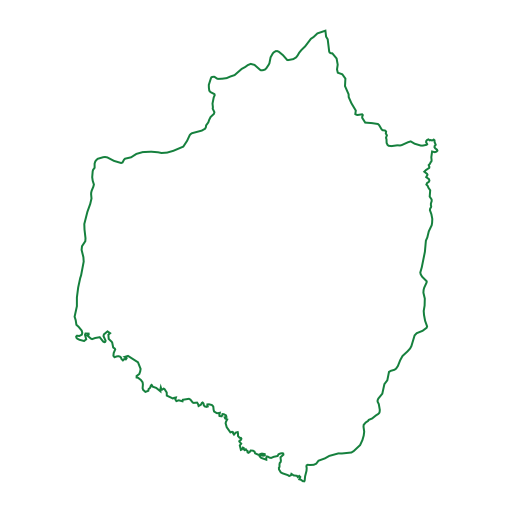 outline of Saen Monourom, Môndól Kiri, Cambodia
{"feature_id": "14789045B8861726414707", "entity_name": "Saen Monourom", "entity_type": "district", "adm_level": 2, "iso_a3": "KHM", "parent_name": "Cambodia", "parent_adm1": "Môndól Kiri", "projection": "robinson", "projection_center": [107.168, 12.508], "detail": "fine", "context": "isolated", "style": "outline", "palette": "green", "viewbox_px": 512, "rotation_deg": 0, "n_neighbors": 0, "source": "geoboundaries", "source_scale": "gbopen_adm2", "svg_char_len": 6009}
<svg xmlns="http://www.w3.org/2000/svg" viewBox="0 0 512 512"><path d="M79.5,339.8L84.1,341.0L86.2,339.3L85.0,334.8L85.5,333.5L88.6,333.6L88.7,334.6L87.3,335.5L90.9,338.6L92.1,339.1L95.2,338.0L99.7,337.2L103.2,341.6L104.4,342.2L105.2,341.9L105.6,340.8L103.5,336.1L103.9,334.4L107.5,331.4L110.1,333.2L108.4,334.7L108.7,338.9L111.7,341.8L112.2,342.6L113.2,347.5L114.8,348.6L115.2,349.4L113.7,353.0L113.4,355.8L114.5,357.2L116.8,356.4L118.4,356.2L119.9,356.6L120.9,357.4L121.5,359.0L122.9,360.4L124.2,359.1L125.8,359.4L126.6,358.2L124.7,356.9L128.0,355.9L138.0,362.3L140.6,368.9L140.2,371.4L139.3,374.0L136.6,376.0L136.6,377.5L138.1,377.8L140.9,380.0L142.6,382.3L142.9,384.5L142.6,388.2L143.1,389.8L145.4,391.9L148.3,390.8L148.6,389.1L150.1,387.8L150.8,385.7L151.5,384.9L152.1,385.4L152.5,386.6L156.2,387.9L160.4,391.3L160.3,389.7L160.8,387.4L161.3,389.0L162.0,389.7L163.7,388.6L164.6,389.2L166.7,392.5L166.8,395.6L172.9,398.5L173.9,397.9L175.9,397.5L175.3,399.4L176.4,401.1L178.8,400.3L182.5,401.3L182.8,399.8L188.9,398.8L190.4,399.6L192.7,402.5L193.6,402.9L197.1,402.6L198.1,404.2L198.6,406.0L200.9,404.7L201.9,402.9L202.6,402.5L203.2,403.1L203.7,404.1L203.7,405.1L204.7,406.4L206.5,406.9L207.7,406.5L207.3,405.3L207.4,404.4L209.0,404.3L211.8,405.0L212.7,405.8L213.3,406.7L213.6,409.7L214.1,411.5L216.7,413.1L218.0,413.2L219.8,412.8L219.3,414.9L219.5,416.0L221.6,416.3L222.2,415.4L222.5,414.1L223.8,414.2L226.0,415.4L226.4,416.9L224.7,417.3L225.2,418.5L227.2,419.4L226.0,421.7L225.6,423.2L226.7,427.2L230.4,432.4L232.1,431.8L233.1,432.3L233.1,433.3L234.0,434.6L235.8,432.6L237.7,432.1L238.0,433.5L238.0,436.0L239.6,437.8L240.9,437.9L241.4,438.8L240.9,439.9L239.5,440.7L239.3,441.5L241.2,443.7L239.8,445.4L240.9,449.9L241.8,449.5L242.9,447.6L243.8,448.1L243.9,449.4L244.6,450.1L245.8,449.3L246.4,450.3L247.5,450.9L247.6,452.4L248.5,452.8L249.8,451.9L250.7,450.5L253.0,450.7L254.5,451.6L255.1,453.3L258.6,454.9L260.4,454.0L261.9,453.6L264.7,454.1L264.8,455.2L264.1,455.6L262.9,455.7L261.3,454.8L259.8,456.5L261.2,457.9L266.3,459.7L266.3,457.7L266.7,456.5L267.7,456.6L269.7,457.7L271.2,457.9L273.8,456.8L277.6,456.0L278.5,454.3L280.3,453.5L282.2,453.2L283.2,453.5L283.4,454.7L280.5,457.3L280.9,460.8L280.6,462.1L279.8,462.9L279.5,464.2L279.5,466.9L278.9,467.8L279.0,469.4L280.8,472.4L282.5,473.3L287.8,475.1L289.2,476.0L291.0,475.2L291.4,473.9L293.6,475.4L296.9,475.8L297.8,477.1L299.2,475.9L300.3,477.0L299.3,479.3L300.8,479.7L302.9,481.2L304.3,481.3L304.7,480.3L305.1,476.3L306.5,470.8L306.7,468.0L306.4,466.7L306.6,465.4L307.6,464.8L309.9,465.0L313.7,464.8L316.2,463.7L318.5,460.7L324.9,458.4L329.3,455.9L338.4,453.4L341.7,453.5L351.4,452.5L353.7,451.1L360.1,445.1L362.4,440.1L363.7,435.6L364.2,431.7L363.5,426.7L363.7,424.8L365.7,422.5L368.1,420.9L368.7,419.9L372.1,418.5L376.1,415.3L378.2,414.0L379.2,413.0L379.6,412.0L379.8,409.9L378.8,404.1L377.6,401.7L377.6,400.3L378.3,398.6L382.3,393.7L384.4,384.1L387.3,380.3L389.0,371.9L390.9,370.8L394.4,369.8L395.9,368.8L396.6,367.9L397.9,366.0L400.2,360.2L402.5,356.0L407.5,351.4L410.1,348.5L411.4,346.1L414.6,335.4L416.7,333.2L422.6,330.8L426.6,327.8L427.1,326.4L425.1,320.8L424.0,314.9L423.7,311.0L424.6,305.6L424.8,298.6L423.4,292.7L423.6,289.9L424.2,287.7L426.6,282.5L426.7,281.3L422.1,276.7L420.7,274.3L420.3,272.5L421.8,267.2L424.9,251.8L425.9,240.6L427.3,237.5L428.8,231.3L431.7,225.2L432.1,222.8L432.3,219.0L431.4,214.3L429.9,210.1L430.2,208.5L431.0,207.3L431.2,206.3L430.9,205.3L430.9,203.6L431.7,201.0L431.6,199.5L429.7,196.6L430.2,190.3L428.4,187.7L427.7,185.9L426.4,184.6L427.1,183.0L428.8,181.9L429.4,180.7L429.0,179.2L426.2,177.1L427.5,174.8L427.1,173.9L424.3,171.7L425.9,170.1L429.2,167.9L429.4,167.0L428.7,165.1L430.1,163.6L430.5,162.4L431.4,161.5L431.6,160.2L431.3,157.2L432.1,151.5L434.8,152.2L436.5,151.6L437.4,150.7L437.0,149.7L435.3,148.4L434.5,147.3L434.6,146.1L435.7,144.8L434.6,142.1L434.5,140.3L433.7,139.6L432.4,140.4L431.6,140.4L430.7,140.0L429.8,140.4L428.4,139.4L427.1,140.0L426.2,141.1L426.1,142.2L427.2,144.2L426.6,144.8L422.8,145.6L420.9,145.6L414.6,143.7L410.7,141.4L408.1,142.2L401.7,145.1L400.0,145.5L397.4,145.3L391.5,146.1L388.7,145.8L387.6,145.0L386.6,142.9L386.5,139.4L386.0,137.8L386.9,135.3L385.8,133.5L386.1,131.5L385.0,130.5L382.5,130.2L381.5,129.2L379.1,125.1L377.9,124.0L371.9,123.1L365.2,122.6L362.2,117.8L362.2,116.8L362.8,115.1L362.1,114.3L357.5,115.0L356.3,114.7L355.3,114.1L355.8,110.6L351.4,103.2L348.7,97.1L348.6,94.3L345.0,86.1L345.4,78.6L342.3,74.3L337.8,72.7L337.0,69.4L337.7,64.7L336.6,58.5L332.3,53.3L331.1,53.3L329.7,52.6L329.2,51.6L327.7,39.3L326.1,36.7L325.4,30.7L317.4,33.4L313.6,37.0L310.9,38.8L305.2,46.3L301.5,49.9L299.2,52.7L297.6,55.5L296.1,57.4L293.3,59.1L288.1,60.1L287.2,60.0L283.0,55.2L278.9,51.8L277.3,51.1L275.8,51.1L273.7,52.4L272.8,53.4L270.6,57.3L269.4,63.3L268.7,64.7L266.3,68.3L264.9,69.6L262.9,70.2L261.0,70.3L260.2,69.9L254.5,64.9L250.7,63.9L247.8,65.1L245.2,67.0L241.7,68.9L234.6,75.1L230.4,76.5L226.7,78.1L222.3,78.7L218.3,78.9L217.2,78.7L214.4,76.8L213.1,76.8L211.5,77.2L210.9,78.3L208.8,84.9L208.9,87.9L209.3,90.7L210.5,92.1L214.4,94.1L214.7,95.1L213.7,97.5L212.5,103.6L212.9,107.2L212.7,108.7L214.4,112.2L213.9,113.9L210.6,117.0L209.2,119.8L208.3,122.4L206.1,125.4L205.9,127.1L205.1,128.7L201.8,130.6L192.0,133.2L190.9,133.9L189.8,135.0L187.1,140.8L183.3,146.6L173.4,150.8L167.1,152.6L161.5,153.0L158.2,152.3L151.2,151.7L142.7,152.1L136.4,153.9L131.1,157.3L125.0,158.7L124.0,159.7L122.5,162.5L121.1,163.0L114.0,160.9L107.3,157.4L105.0,157.0L103.2,157.2L97.7,158.8L96.3,160.1L95.3,161.4L94.6,163.6L94.6,167.8L93.1,169.8L92.7,171.2L92.2,177.2L92.7,180.7L93.9,184.5L93.3,186.8L91.7,190.6L91.2,192.6L91.1,194.2L91.5,198.5L90.2,204.0L87.4,211.8L84.3,224.0L84.5,229.5L85.5,238.3L85.3,241.2L82.0,246.2L81.6,249.9L83.4,257.2L83.7,261.6L81.1,275.3L80.2,278.1L78.2,287.4L76.9,297.4L76.9,306.2L74.6,316.7L75.7,320.2L76.4,324.8L78.6,326.8L81.7,330.6L82.3,332.9L81.8,334.7L79.3,336.0L77.0,335.7L76.2,336.5L76.4,337.7L77.3,338.7L79.5,339.8Z" fill="none" stroke="#15803d" stroke-width="2"/></svg>